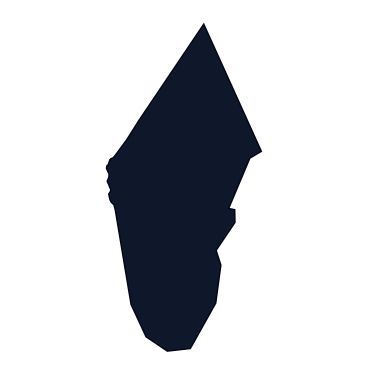 outline of Abiemnhom, Unity, South Sudan, rotated 304°
{"feature_id": "79223893B7237342620432", "entity_name": "Abiemnhom", "entity_type": "district", "adm_level": 2, "iso_a3": "SSD", "parent_name": "South Sudan", "parent_adm1": "Unity", "projection": "mercator", "projection_center": [29.064, 9.531], "detail": "fine", "context": "isolated", "style": "filled", "palette": "ink", "viewbox_px": 384, "rotation_deg": 304, "n_neighbors": 0, "source": "geoboundaries", "source_scale": "gbopen_adm2", "svg_char_len": 695}
<svg xmlns="http://www.w3.org/2000/svg" viewBox="0 0 384 384"><g transform="rotate(304 192 192)"><path d="M264.5,226.7L337.7,107.9L221.0,108.0L198.8,108.7L179.6,107.9L177.4,107.7L175.9,107.3L174.2,106.2L172.6,105.9L171.2,106.4L169.5,106.8L167.9,107.4L166.6,106.8L165.0,107.3L163.8,107.9L162.5,109.9L160.5,113.2L157.8,114.8L156.0,115.2L153.5,115.7L152.6,117.0L151.5,119.0L150.3,120.6L148.3,123.7L146.3,124.1L144.0,124.1L143.2,124.7L141.8,126.1L139.8,128.3L138.4,130.7L137.7,134.5L134.2,138.5L64.7,204.4L46.3,234.9L46.3,260.5L61.3,278.1L113.1,273.8L147.5,256.8L157.1,244.6L190.8,244.6L201.2,237.3L198.8,231.6L252.4,221.0L264.5,226.7Z" fill="#0f172a" stroke="#020617" stroke-width="1.5"/></g></svg>